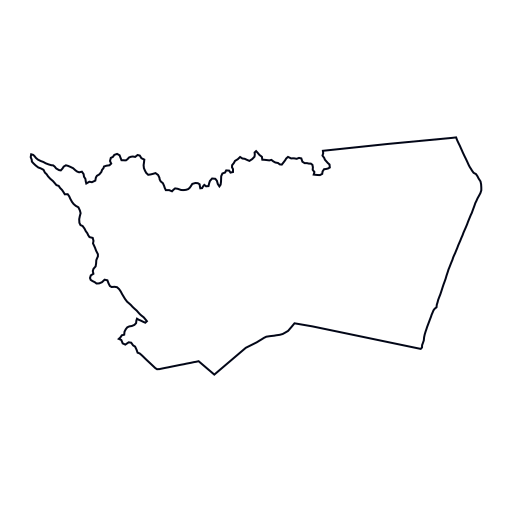 Belmonte, Bahia, Brazil (Mercator projection)
{"feature_id": "56859067B37213046235588", "entity_name": "Belmonte", "entity_type": "district", "adm_level": 2, "iso_a3": "BRA", "parent_name": "Brazil", "parent_adm1": "Bahia", "projection": "mercator", "projection_center": [-39.261, -15.95], "detail": "fine", "context": "isolated", "style": "outline", "palette": "ink", "viewbox_px": 512, "rotation_deg": 0, "n_neighbors": 0, "source": "geoboundaries", "source_scale": "gbopen_adm2", "svg_char_len": 5226}
<svg xmlns="http://www.w3.org/2000/svg" viewBox="0 0 512 512"><path d="M420.7,348.9L422.0,347.5L422.1,345.1L422.8,343.3L423.8,340.4L424.1,337.3L424.7,334.5L425.6,331.5L426.4,329.2L427.1,327.0L427.9,324.9L429.1,321.7L430.1,319.0L431.0,316.7L431.6,314.8L432.6,312.5L433.5,310.3L434.7,308.7L436.5,307.3L436.8,304.7L437.5,302.5L438.2,299.8L439.3,296.9L440.3,294.4L441.3,291.4L442.1,288.9L442.7,287.0L443.5,284.6L444.6,281.6L445.6,278.8L446.5,275.7L447.2,273.6L447.9,271.5L448.5,269.5L449.3,267.6L450.4,264.8L451.3,262.5L452.4,259.9L453.2,257.4L454.1,255.3L455.1,253.2L456.1,250.7L457.2,248.1L458.2,245.4L459.2,243.1L460.3,240.6L461.2,238.3L462.6,235.1L463.5,232.6L464.6,230.1L465.8,227.4L467.1,224.3L468.0,221.8L468.9,219.6L469.8,217.4L470.7,215.2L471.8,212.9L472.8,210.1L473.8,207.4L474.6,205.2L475.3,203.1L476.4,200.9L477.5,198.4L478.9,195.9L480.4,193.1L481.3,190.3L481.3,187.6L481.1,184.3L480.5,181.4L478.6,178.5L477.5,176.3L476.0,174.1L473.6,172.8L472.0,170.6L471.0,168.9L469.8,167.1L468.7,165.0L467.4,162.1L465.9,158.9L464.6,156.3L463.7,154.4L462.8,152.5L461.9,150.4L460.9,148.2L459.9,145.9L458.7,143.5L457.7,141.4L456.9,139.6L456.1,137.4L451.9,137.9L390.5,143.7L388.3,143.9L322.9,150.8L323.2,153.2L322.5,155.6L324.2,157.9L324.9,159.7L326.4,161.4L327.8,163.0L329.5,164.5L329.8,167.5L328.0,168.5L326.0,169.0L324.1,169.2L322.6,171.4L322.2,173.9L319.9,175.1L317.4,175.0L313.7,174.6L314.4,172.0L312.7,169.8L312.9,167.2L312.4,164.8L310.8,163.6L308.9,163.6L306.9,163.1L304.6,163.1L302.4,161.7L301.3,158.4L299.0,157.9L296.7,158.8L293.9,158.3L291.1,158.4L288.0,156.9L286.2,158.5L285.2,160.2L283.6,162.3L281.8,164.6L279.8,164.4L278.0,163.0L275.3,162.5L273.2,161.3L271.4,159.9L269.3,160.4L267.0,160.1L264.4,159.8L262.3,159.7L261.9,156.8L259.4,154.9L257.5,152.6L256.1,151.1L254.6,152.5L254.8,154.6L254.5,156.7L252.2,159.1L249.4,160.9L246.8,159.8L244.7,158.8L242.4,158.5L240.1,157.0L237.8,159.2L235.0,160.9L233.8,163.1L232.1,165.2L232.0,167.3L233.0,169.1L233.0,172.0L230.5,172.6L229.1,170.6L226.2,170.4L225.1,172.5L222.4,173.5L221.2,176.2L221.1,179.2L221.0,181.9L220.6,184.7L219.4,186.4L217.8,184.0L216.9,180.8L215.3,178.8L212.1,178.5L209.9,181.0L209.2,183.1L208.5,186.1L206.1,186.3L204.3,184.9L203.1,186.3L202.1,188.1L200.3,188.3L199.9,186.4L199.6,184.3L197.8,183.2L195.4,183.0L192.3,183.9L190.9,186.1L189.8,187.7L188.2,189.1L186.1,189.8L183.7,190.1L181.1,190.0L177.7,188.8L175.1,188.4L173.5,189.7L172.0,191.3L169.1,190.1L165.8,190.1L164.7,187.8L164.1,185.9L162.9,183.2L160.7,181.4L159.7,179.5L159.4,177.7L158.1,175.0L155.5,173.1L152.8,173.9L150.8,174.4L148.2,174.8L146.2,172.9L145.0,170.7L143.9,168.1L143.6,165.2L144.0,162.4L144.3,159.6L141.4,158.2L139.8,155.6L137.6,155.0L135.2,156.9L132.8,156.5L130.8,156.8L129.0,157.5L127.5,159.2L126.0,160.3L124.1,160.3L121.5,160.2L120.3,157.2L119.6,155.3L117.1,153.9L114.3,154.9L112.9,156.9L110.8,157.9L110.0,161.0L111.2,163.6L109.4,165.3L106.5,165.7L104.0,166.5L103.4,168.3L102.1,169.8L101.3,172.0L99.3,174.4L96.9,175.8L95.9,177.5L95.3,180.6L91.9,182.2L89.4,181.7L86.3,183.5L85.8,181.6L85.4,178.9L84.0,176.7L83.6,174.1L81.9,171.7L79.1,172.3L77.2,171.6L75.4,170.3L73.1,168.2L70.2,166.8L68.1,165.9L65.9,165.3L63.7,166.6L62.5,168.5L60.8,170.4L59.0,170.1L56.1,168.4L54.7,166.6L53.2,165.4L51.3,165.2L48.6,164.4L45.7,163.3L43.4,162.0L40.7,161.0L37.9,159.6L35.9,157.9L34.5,156.1L33.2,154.9L31.2,154.3L30.7,157.1L31.7,159.7L31.9,161.6L33.4,163.3L35.6,165.4L38.3,167.5L40.6,168.3L43.5,169.8L44.9,172.6L46.6,174.2L48.0,176.3L50.2,178.7L53.0,181.1L54.9,183.3L56.4,185.1L58.7,185.9L60.1,188.0L61.9,189.8L63.1,191.5L64.8,194.3L67.7,194.2L69.2,196.3L70.2,198.6L72.0,201.9L73.6,204.0L75.7,205.8L78.4,207.3L79.9,210.5L80.6,213.2L79.8,216.2L79.2,219.2L79.4,222.8L80.5,225.1L82.6,226.0L84.5,228.6L85.8,231.2L87.3,233.2L88.2,235.2L89.5,237.1L92.7,237.9L93.5,240.9L93.0,243.4L94.0,245.5L95.0,247.7L96.1,250.7L97.9,254.2L97.9,256.4L97.0,258.4L96.3,260.2L96.1,263.5L95.6,266.4L93.5,268.8L92.8,271.0L93.4,273.8L90.8,275.4L90.0,278.0L90.7,279.9L92.4,281.0L94.8,282.2L96.5,283.5L99.1,283.4L102.0,282.2L104.6,279.7L107.4,280.3L108.6,283.5L109.9,286.0L111.6,287.0L114.5,286.8L117.0,287.2L119.1,289.1L120.8,291.6L122.1,294.1L125.0,298.9L127.1,301.7L129.0,303.3L130.9,305.0L132.4,306.7L134.4,308.6L136.7,310.6L138.7,312.9L140.0,314.3L141.5,315.6L143.7,317.3L145.7,319.7L146.9,321.2L145.3,322.7L143.4,321.9L141.0,320.7L138.6,319.7L137.0,318.7L136.4,320.5L136.1,323.1L134.4,324.9L131.8,326.0L129.3,326.4L127.3,327.3L125.8,329.2L124.5,331.7L124.2,334.7L121.8,335.3L120.4,337.4L118.8,338.9L121.3,340.0L122.7,343.4L125.3,344.6L128.7,342.3L131.2,342.7L133.1,345.4L135.1,346.6L136.5,349.6L137.6,352.7L139.6,353.4L141.5,355.0L143.2,356.6L145.0,358.4L147.2,360.5L150.0,363.1L153.3,366.2L155.3,368.1L157.0,369.2L159.4,369.1L161.3,368.7L163.2,368.3L166.2,367.7L167.9,367.4L171.7,366.6L175.7,365.8L180.6,364.8L184.0,364.2L186.1,363.7L188.8,363.2L190.9,362.8L194.0,362.1L196.0,361.8L198.6,361.2L214.3,374.6L245.8,347.8L248.0,346.7L249.8,345.8L251.8,344.8L254.4,343.5L256.8,342.3L259.2,340.8L261.7,339.3L263.9,337.9L266.3,336.7L269.6,336.2L272.2,335.9L274.1,335.7L276.2,335.3L279.8,334.8L282.7,334.0L285.2,332.6L288.1,330.9L289.8,328.9L291.6,326.8L294.5,323.3L312.5,326.4L420.7,348.9Z" fill="none" stroke="#020617" stroke-width="2"/></svg>